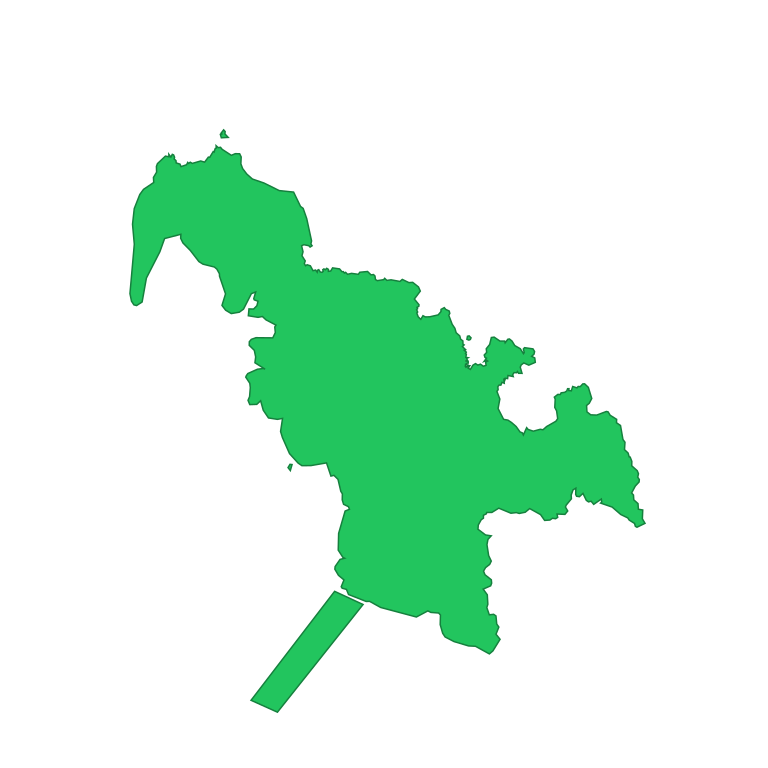 outline of Tailevu, Central, Fiji, rotated 164°
{"feature_id": "14151628B48978228339800", "entity_name": "Tailevu", "entity_type": "district", "adm_level": 2, "iso_a3": "FJI", "parent_name": "Fiji", "parent_adm1": "Central", "projection": "mercator", "projection_center": [178.445, -17.83], "detail": "fine", "context": "isolated", "style": "filled", "palette": "green", "viewbox_px": 768, "rotation_deg": 164, "n_neighbors": 0, "source": "geoboundaries", "source_scale": "gbopen_adm2", "svg_char_len": 6172}
<svg xmlns="http://www.w3.org/2000/svg" viewBox="0 0 768 768"><g transform="rotate(164 384 384)"><path d="M164.9,221.8L165.8,224.5L164.1,227.6L164.5,230.9L168.4,237.1L167.1,241.3L167.5,245.9L168.4,246.4L168.4,250.4L170.9,254.6L168.4,261.6L169.6,264.8L168.1,278.9L171.2,282.7L170.1,285.9L175.2,291.6L176.3,295.5L177.8,296.3L188.1,295.5L193.8,297.4L196.6,301.3L195.2,307.5L192.0,308.9L188.3,312.8L188.5,324.5L191.1,328.9L192.9,329.3L196.1,327.4L198.0,328.1L199.6,327.1L203.3,329.6L205.8,325.8L208.2,326.8L207.5,328.5L208.8,328.9L210.3,326.9L212.6,326.2L216.2,326.7L217.4,325.3L219.8,326.1L223.9,324.4L223.6,322.3L226.3,314.4L225.5,310.6L226.6,302.8L229.1,300.8L239.4,298.3L243.8,296.2L246.3,297.4L253.5,297.5L258.0,300.6L258.9,302.7L264.1,296.6L264.4,298.8L266.5,300.5L268.7,306.7L272.0,311.8L274.8,315.1L278.8,317.1L281.1,329.0L276.8,337.6L277.5,345.8L275.9,347.0L275.3,350.1L273.6,351.3L272.0,350.7L270.1,353.1L268.2,351.6L267.5,355.6L266.8,355.9L266.7,354.5L265.6,356.0L263.7,355.1L262.5,358.0L257.7,355.5L257.8,357.4L255.9,359.1L253.4,358.3L252.3,359.2L251.7,357.2L248.4,356.2L248.4,362.6L246.9,364.5L243.8,365.7L239.6,362.2L232.6,363.1L231.9,367.5L234.4,369.9L231.6,371.3L230.3,373.7L231.1,376.7L238.9,380.2L240.4,379.2L240.5,375.6L241.6,374.7L243.3,380.4L247.7,384.9L249.1,390.0L251.0,392.7L252.6,392.9L256.2,390.2L256.2,392.0L260.7,393.3L265.2,398.7L268.0,399.1L271.5,392.9L276.0,389.7L276.6,386.1L279.7,384.2L279.6,381.7L278.4,380.6L281.5,378.2L278.7,378.5L278.0,377.5L280.3,377.0L280.7,373.8L283.6,373.7L285.8,376.5L288.6,376.3L290.4,378.4L293.3,377.6L297.0,374.2L298.7,376.0L296.5,377.9L298.2,378.4L299.5,377.2L298.7,378.6L300.6,377.5L301.0,378.4L300.2,380.4L299.0,379.8L299.0,381.0L297.2,381.1L296.8,382.7L299.5,383.6L297.3,383.6L297.5,385.8L296.0,386.1L298.0,387.1L296.6,389.9L297.3,390.7L296.1,391.9L297.6,394.4L296.1,394.5L298.3,398.4L296.2,399.5L297.1,400.5L296.3,403.7L298.0,406.0L297.9,409.3L300.5,413.4L300.5,418.0L302.0,422.6L302.8,432.2L301.3,433.7L301.2,436.2L304.1,438.7L305.0,440.8L308.6,440.0L309.3,437.9L312.9,435.5L321.6,436.0L325.8,437.1L327.7,438.9L330.8,436.0L332.6,439.1L332.9,443.2L331.8,443.9L332.2,446.5L331.0,447.1L331.2,448.6L329.2,449.0L328.5,450.5L331.4,457.3L323.5,463.3L324.1,467.8L328.4,473.8L332.1,474.6L337.6,479.5L340.4,478.2L348.5,482.2L352.7,482.8L354.2,485.4L355.6,484.4L362.0,485.2L363.4,486.8L362.9,490.3L363.9,492.1L366.4,492.5L368.8,496.7L376.5,498.1L378.4,496.5L384.7,499.3L388.8,499.5L390.1,501.9L391.5,501.6L392.1,503.2L393.5,503.6L395.0,506.9L401.4,509.8L404.1,507.3L406.4,507.6L405.8,509.5L407.2,511.0L409.0,510.0L410.0,511.2L411.4,510.7L411.3,509.1L412.7,508.4L414.4,509.2L415.2,511.9L416.5,511.7L417.4,509.9L418.4,512.4L421.0,512.5L422.2,517.9L425.0,519.8L426.8,519.3L427.4,521.7L425.8,524.0L427.5,529.9L425.4,533.4L425.1,539.6L422.7,540.0L418.2,537.7L417.3,536.0L415.0,536.7L415.7,538.7L414.2,541.5L412.7,564.2L413.3,575.1L415.3,577.7L418.0,593.4L431.4,598.8L444.0,610.3L454.0,617.3L458.0,623.6L460.5,630.0L460.9,635.1L458.7,641.6L459.3,645.1L463.5,646.4L467.7,645.9L474.9,654.2L475.9,656.6L478.2,656.9L479.7,659.3L480.2,657.0L481.3,656.9L483.4,653.8L484.1,654.5L489.0,650.0L490.3,650.5L495.3,646.7L498.7,648.9L507.5,648.9L509.1,650.6L511.0,649.9L511.6,651.1L513.3,649.2L519.2,648.9L519.5,651.6L522.8,653.8L522.4,656.1L523.7,658.2L522.8,659.7L523.1,662.2L524.2,663.1L526.3,660.9L527.5,664.1L528.1,661.7L531.3,663.3L541.0,658.3L542.8,655.9L544.2,650.3L548.7,646.1L549.8,641.2L561.5,637.4L566.5,633.5L575.7,621.5L581.7,606.9L585.5,587.2L603.3,540.9L603.9,533.2L602.6,529.0L600.2,527.6L593.9,529.5L583.2,551.3L563.0,572.9L554.8,584.3L538.0,583.9L539.3,580.1L538.4,575.0L533.4,565.8L528.2,552.7L525.0,549.1L514.8,543.2L513.0,540.5L511.8,535.3L512.4,533.0L511.5,514.3L518.1,504.2L515.9,498.6L511.4,493.8L503.3,492.9L498.4,494.7L486.6,507.4L482.0,507.8L485.7,501.9L485.5,500.6L482.3,498.3L484.6,494.3L488.7,492.0L493.1,493.4L495.6,487.0L486.7,482.8L482.3,482.4L479.7,478.1L471.6,470.4L473.3,468.9L474.3,463.4L478.2,459.0L494.3,463.8L499.2,463.5L501.8,461.8L502.9,458.3L499.4,452.1L499.9,445.4L502.2,440.0L494.2,431.0L495.7,432.2L501.6,433.1L512.0,431.6L514.0,430.0L515.0,428.7L512.8,421.7L513.5,417.4L516.7,408.9L519.2,405.8L518.7,401.2L511.9,399.5L507.2,401.9L507.3,392.1L504.4,383.2L496.2,379.4L491.0,378.9L496.5,366.9L496.4,360.6L494.0,343.1L488.4,331.7L485.4,328.1L476.6,325.7L461.0,324.0L460.4,310.1L457.3,310.0L454.5,305.0L455.1,292.8L454.3,289.9L456.1,284.1L456.0,279.5L452.0,275.9L451.7,273.1L456.4,272.6L468.8,252.9L473.8,236.9L471.3,228.7L469.9,227.4L474.6,227.5L481.3,222.0L482.3,219.5L480.5,212.6L476.5,206.7L481.0,200.9L480.5,199.2L476.7,196.9L476.1,191.4L461.1,179.9L457.7,179.0L448.8,170.1L417.1,151.1L404.4,153.8L401.9,151.5L394.6,148.8L393.4,146.4L396.3,137.2L396.3,128.2L395.0,124.0L387.7,117.1L374.9,108.9L368.4,106.7L357.1,95.5L352.9,97.4L342.8,106.6L345.3,112.6L340.6,118.7L341.8,122.2L340.3,130.2L342.1,132.4L346.4,133.1L346.8,140.8L344.9,143.6L342.8,152.9L345.2,159.5L337.1,160.6L335.4,162.9L334.8,166.2L339.5,172.8L339.9,176.7L337.0,179.5L332.1,181.5L329.7,184.2L330.7,190.2L329.3,201.2L326.9,206.0L322.8,208.5L328.0,210.9L333.7,218.5L332.2,222.5L328.0,226.7L325.4,227.6L324.6,230.4L321.4,231.0L320.7,232.2L315.7,230.8L307.9,233.0L297.6,224.8L292.2,223.9L289.7,222.3L283.6,221.8L278.3,224.1L269.5,215.3L267.2,208.6L262.0,207.5L259.1,208.5L256.2,207.2L253.8,207.9L253.5,211.3L246.0,208.8L242.4,211.3L243.5,215.7L242.3,217.3L235.5,222.0L234.7,225.6L231.5,230.1L228.3,231.0L230.2,225.0L229.8,223.0L227.2,221.8L222.9,224.0L221.6,216.4L219.9,214.3L217.2,214.2L215.6,210.5L206.8,213.5L207.3,210.4L208.6,209.8L198.6,202.8L192.4,193.3L186.6,188.1L185.8,185.6L181.6,180.9L181.6,177.9L180.3,176.6L171.5,178.1L172.8,183.2L170.0,191.6L174.0,193.5L172.8,199.0L175.8,203.8L174.8,208.5L176.0,211.0L170.6,216.6L165.8,219.5L164.9,221.8ZM599.0,116.6L576.9,97.9L464.9,177.8L488.6,198.3L599.0,116.6ZM468.1,672.5L471.5,670.0L471.0,669.1L472.5,669.0L472.5,665.5L465.8,664.0L468.0,668.3L467.1,670.5L468.1,672.5ZM496.5,332.7L499.3,330.1L497.9,326.6L494.6,331.9L496.5,332.7ZM290.6,406.9L292.0,404.1L290.3,402.8L288.7,403.0L287.6,404.4L288.9,406.8L290.6,406.9Z" fill="#22c55e" stroke="#15803d" stroke-width="1.5"/></g></svg>